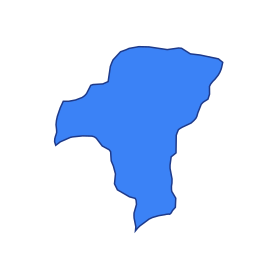 map outline of Laghman (Equal Earth projection), rotated 199°
{"feature_id": "AFG-1770", "entity_name": "Laghman", "entity_type": "Province", "adm_level": 1, "iso_a3": "AFG", "parent_name": "Afghanistan", "parent_adm1": "", "projection": "equal_earth", "projection_center": [70.121, 34.819], "detail": "fine", "context": "isolated", "style": "filled", "palette": "blue", "viewbox_px": 256, "rotation_deg": 199, "n_neighbors": 0, "source": "natural_earth", "source_scale": "10m", "svg_char_len": 1356}
<svg xmlns="http://www.w3.org/2000/svg" viewBox="0 0 256 256"><g transform="rotate(199 128 128)"><path d="M59.8,220.9L59.2,215.7L59.1,213.7L59.3,210.6L59.9,207.5L61.6,202.6L63.1,199.5L64.2,196.3L64.5,193.8L61.9,186.5L61.8,181.3L65.0,177.3L65.7,176.1L66.5,174.2L66.9,165.0L66.7,161.3L67.0,159.2L68.2,156.4L70.0,153.2L77.0,146.4L78.8,144.3L79.8,142.8L80.0,139.4L80.0,136.8L74.5,120.1L77.8,114.8L76.2,106.7L75.1,103.5L69.8,94.2L68.5,90.2L68.0,87.2L66.9,84.1L66.0,82.3L60.0,77.2L57.4,68.4L59.1,64.3L59.5,61.9L60.1,60.6L60.7,60.0L61.7,59.8L63.6,58.9L64.9,58.1L70.4,55.1L75.7,51.4L78.4,48.8L84.9,39.3L86.2,36.7L87.5,33.2L88.4,37.1L92.9,44.8L93.9,47.3L94.6,49.6L95.1,58.5L96.8,62.3L98.3,63.8L104.2,63.4L117.9,66.1L122.6,70.8L124.9,80.5L129.4,87.2L133.2,91.5L136.7,99.9L138.7,101.3L146.5,102.6L154.6,108.0L156.9,108.7L159.4,108.6L168.3,105.8L177.4,101.6L179.4,100.4L187.5,92.9L190.7,88.1L192.9,91.1L193.7,93.9L193.9,96.3L193.9,98.4L194.0,100.6L195.0,103.2L197.1,107.6L198.1,111.8L198.6,116.1L198.6,125.1L197.9,132.2L192.7,134.0L186.7,137.4L181.3,141.9L179.5,144.4L178.4,147.0L177.1,156.2L175.2,157.7L166.1,161.5L161.9,165.4L164.7,180.4L164.6,184.4L164.3,187.6L159.9,197.6L155.1,201.5L152.9,203.6L144.3,208.4L134.6,211.5L116.4,214.9L106.2,220.1L103.3,220.8L93.2,218.4L83.5,220.5L65.0,222.8L59.8,220.9Z" fill="#3b82f6" stroke="#1e3a8a" stroke-width="1.5"/></g></svg>